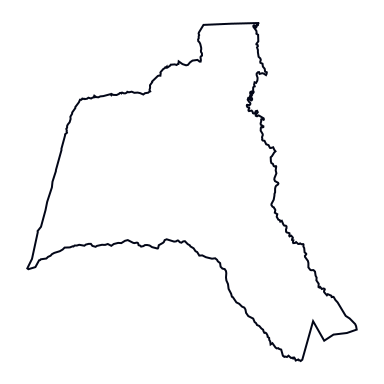 Tsholotsho, Matabeleland North, Zimbabwe
{"feature_id": "62879985B28907517418650", "entity_name": "Tsholotsho", "entity_type": "district", "adm_level": 2, "iso_a3": "ZWE", "parent_name": "Zimbabwe", "parent_adm1": "Matabeleland North", "projection": "equal_earth", "projection_center": [27.51, -19.64], "detail": "fine", "context": "isolated", "style": "outline", "palette": "ink", "viewbox_px": 384, "rotation_deg": 0, "n_neighbors": 0, "source": "geoboundaries", "source_scale": "gbopen_adm2", "svg_char_len": 5890}
<svg xmlns="http://www.w3.org/2000/svg" viewBox="0 0 384 384"><path d="M356.7,329.6L356.1,326.2L355.2,324.1L349.7,318.5L345.7,315.9L337.6,302.4L335.4,300.0L333.9,297.4L333.5,296.9L331.7,297.1L331.3,295.7L327.8,294.2L326.9,295.3L324.2,292.2L324.0,291.1L324.8,289.5L324.5,288.8L323.3,288.5L321.8,289.0L320.2,287.0L319.4,287.6L318.5,287.0L318.7,283.8L316.4,280.4L316.6,277.6L315.6,275.7L315.0,271.6L313.5,270.1L311.0,270.2L310.3,269.9L308.4,267.4L308.4,263.0L307.9,260.9L305.0,256.9L304.9,255.9L306.2,254.4L306.2,253.7L304.6,252.3L304.2,248.1L303.4,246.5L303.5,244.4L303.2,244.1L301.4,244.2L300.1,243.4L299.1,244.0L298.1,243.9L296.1,242.1L295.0,243.0L293.3,243.1L292.9,242.0L293.4,240.3L292.0,239.9L292.1,239.0L292.9,237.9L292.5,237.1L291.2,235.7L289.6,236.4L289.2,235.8L289.6,234.5L289.4,233.2L286.7,232.4L286.1,231.7L286.0,229.3L286.5,228.2L286.5,226.4L285.8,225.7L284.3,225.6L283.4,224.6L281.8,220.8L280.3,221.6L279.7,220.1L278.4,219.7L276.7,216.8L277.3,214.2L274.8,212.7L275.3,210.1L275.1,209.3L274.3,208.5L274.0,207.5L272.5,206.7L271.4,205.0L271.5,203.9L273.7,199.7L274.4,195.8L274.5,193.8L275.1,192.3L275.1,188.7L275.5,186.9L276.1,185.8L278.0,184.5L278.4,183.7L278.1,182.8L275.0,181.1L274.3,179.5L274.5,178.0L276.4,173.3L275.7,170.3L276.2,166.6L275.9,166.1L274.5,166.5L273.7,166.0L272.9,163.9L271.4,163.1L270.9,161.5L270.7,157.3L272.0,156.1L274.2,152.5L275.5,151.3L274.3,149.8L273.2,147.3L270.9,148.0L270.0,147.9L268.5,145.1L266.2,144.3L264.5,140.8L262.7,140.5L262.1,139.7L262.3,138.6L262.0,137.2L262.8,135.0L262.6,133.9L260.7,130.7L260.8,128.0L261.3,127.1L262.4,127.4L263.3,127.1L263.4,126.3L260.8,124.7L260.6,123.4L261.2,121.3L261.2,119.4L262.0,119.1L263.6,119.8L263.9,119.2L263.6,118.3L258.7,115.4L257.0,116.3L255.8,115.8L255.7,115.1L257.8,112.2L257.1,110.8L255.7,111.2L255.0,113.0L254.1,113.6L253.0,113.2L252.4,111.4L251.6,110.6L249.0,111.1L248.5,110.6L248.5,109.8L249.3,108.2L249.1,107.5L247.5,107.2L246.8,105.8L247.0,104.9L247.3,104.8L249.4,105.1L250.2,104.5L250.4,103.5L250.0,102.5L249.1,101.9L247.7,99.7L248.3,97.8L248.9,97.7L249.3,98.8L250.8,100.2L251.5,100.4L252.1,99.7L252.1,98.7L251.5,97.6L250.0,98.1L249.6,97.9L250.1,95.8L251.4,96.1L252.1,94.9L251.7,93.4L250.6,94.4L250.1,93.0L250.4,92.0L251.4,91.5L253.2,92.9L253.7,92.0L253.1,90.6L253.2,87.5L253.7,86.7L254.7,86.4L254.1,84.6L254.6,82.3L256.1,82.9L257.3,80.7L257.5,79.4L257.6,77.8L256.6,74.9L256.7,73.5L258.0,72.2L259.0,72.1L259.6,73.9L262.3,73.2L263.7,73.6L266.0,75.1L266.6,73.9L266.8,72.3L265.1,71.6L264.7,68.8L262.9,66.6L262.5,63.7L260.4,62.8L260.2,61.8L260.8,59.9L260.3,58.4L258.6,56.8L257.9,52.2L257.9,49.9L257.0,47.4L257.9,46.2L257.7,45.1L256.4,44.4L256.4,43.9L258.3,41.4L258.1,34.8L256.4,33.7L256.6,32.9L256.4,30.9L253.4,26.8L253.3,26.0L254.0,25.3L255.4,25.7L255.9,27.6L256.3,27.2L256.9,24.8L257.5,25.4L258.0,25.0L257.9,23.4L259.2,23.0L231.4,23.7L203.5,24.9L198.9,32.5L198.6,33.7L199.2,35.1L198.7,36.1L198.7,38.4L198.1,39.4L198.3,41.2L199.5,42.4L200.3,44.1L201.2,47.9L201.2,49.6L200.9,50.5L201.0,51.9L201.9,53.3L202.0,55.6L200.8,56.5L200.5,57.1L200.9,60.2L200.6,61.6L199.6,61.6L197.5,59.9L192.5,60.6L190.1,62.3L187.9,64.9L186.1,65.3L182.5,64.1L178.7,61.4L178.4,64.0L177.6,64.1L176.6,65.0L174.8,64.4L170.7,64.7L170.3,65.5L167.4,67.6L166.8,67.7L166.7,66.7L165.9,67.5L165.3,67.3L164.7,68.2L163.3,69.0L160.7,72.0L160.4,72.7L160.7,73.3L160.4,75.7L159.0,75.6L157.8,76.0L152.1,81.5L152.2,82.2L150.0,85.2L150.1,87.8L149.5,90.0L150.2,91.4L149.4,91.7L148.2,92.7L145.0,93.2L143.3,94.5L140.1,93.1L137.7,92.6L134.3,92.8L131.7,91.7L128.9,92.3L127.3,91.8L126.7,92.7L125.4,93.3L123.8,93.3L122.1,92.6L121.4,93.4L120.8,92.9L119.7,93.1L119.1,93.8L116.6,95.0L113.4,94.9L111.9,94.2L111.9,94.8L111.4,95.3L110.4,94.2L103.3,96.1L100.3,96.4L98.4,97.3L96.3,97.1L94.3,95.7L94.1,96.2L94.8,97.2L92.6,97.6L91.1,98.5L88.4,97.7L87.1,98.7L84.8,99.1L84.0,98.7L83.0,99.0L82.3,98.6L81.3,99.8L80.0,99.7L78.9,102.3L75.3,107.1L75.3,108.1L72.2,112.5L72.1,113.8L70.4,116.7L70.6,119.0L69.6,122.3L67.8,124.5L67.1,126.0L67.1,127.7L66.3,128.9L66.8,130.5L66.6,131.4L67.0,132.7L65.1,134.3L65.1,135.3L61.4,148.9L61.5,150.0L55.9,170.2L55.9,171.1L52.5,181.7L51.9,187.4L47.2,201.8L45.5,210.2L41.0,226.8L37.6,231.1L37.8,232.1L32.0,258.9L27.3,268.4L28.4,269.2L35.4,267.1L39.1,260.3L40.1,260.1L40.8,259.3L46.4,258.5L48.0,256.9L50.6,255.7L51.9,254.2L54.3,252.9L59.8,251.2L62.7,249.5L64.6,247.6L69.9,247.4L72.7,246.3L73.5,246.5L74.6,245.5L77.0,245.5L79.2,244.8L84.4,245.7L85.8,244.6L88.5,243.9L90.9,243.9L92.4,245.9L95.6,246.8L96.9,245.9L101.9,244.8L105.1,244.9L107.8,244.0L111.3,245.8L113.8,244.0L118.2,242.9L121.3,243.1L125.0,240.8L127.8,240.1L133.1,242.8L134.3,243.1L137.0,242.6L138.1,243.2L138.6,245.2L140.3,245.7L141.1,246.6L143.4,246.1L144.9,245.1L147.1,245.0L149.6,245.5L152.0,247.1L157.3,248.5L157.9,248.4L158.2,247.8L158.8,245.2L162.9,242.9L163.8,242.1L164.7,240.1L166.7,239.3L174.1,241.6L176.0,241.4L177.5,240.5L178.3,240.6L179.8,242.2L181.4,242.7L183.2,241.4L184.9,241.2L187.7,244.1L189.8,245.3L190.4,246.4L193.6,248.3L195.5,251.2L197.2,252.1L199.3,255.6L202.3,255.4L205.9,257.2L212.0,258.7L215.2,258.3L217.1,259.9L217.8,261.3L220.1,263.1L220.6,266.7L222.4,268.6L224.7,269.1L226.0,271.1L226.3,273.2L226.0,277.5L226.4,280.5L228.0,284.1L228.6,288.9L231.1,293.7L231.9,296.7L232.9,297.2L236.4,302.4L239.2,303.8L242.0,306.6L244.3,307.6L245.4,309.4L246.1,312.9L248.3,316.1L253.2,318.6L254.6,322.0L256.1,323.2L257.0,325.0L259.3,326.0L261.4,328.5L263.1,329.7L263.6,331.5L264.4,332.9L265.5,332.7L266.4,333.4L267.6,335.6L267.6,336.8L269.1,337.9L269.3,340.0L270.2,341.4L270.6,344.4L272.4,343.2L275.5,347.5L276.7,348.4L278.4,348.2L279.0,348.9L281.2,349.6L282.9,355.8L283.8,356.2L284.3,356.9L285.4,356.6L287.0,357.0L288.5,355.7L291.1,358.0L292.3,357.7L293.1,358.5L294.0,357.5L294.8,358.3L295.7,360.5L298.4,359.5L299.1,360.4L299.8,360.3L300.7,361.0L302.3,359.7L313.1,321.2L324.2,340.7L333.5,334.6L346.9,333.0L356.7,329.6Z" fill="none" stroke="#020617" stroke-width="2"/></svg>